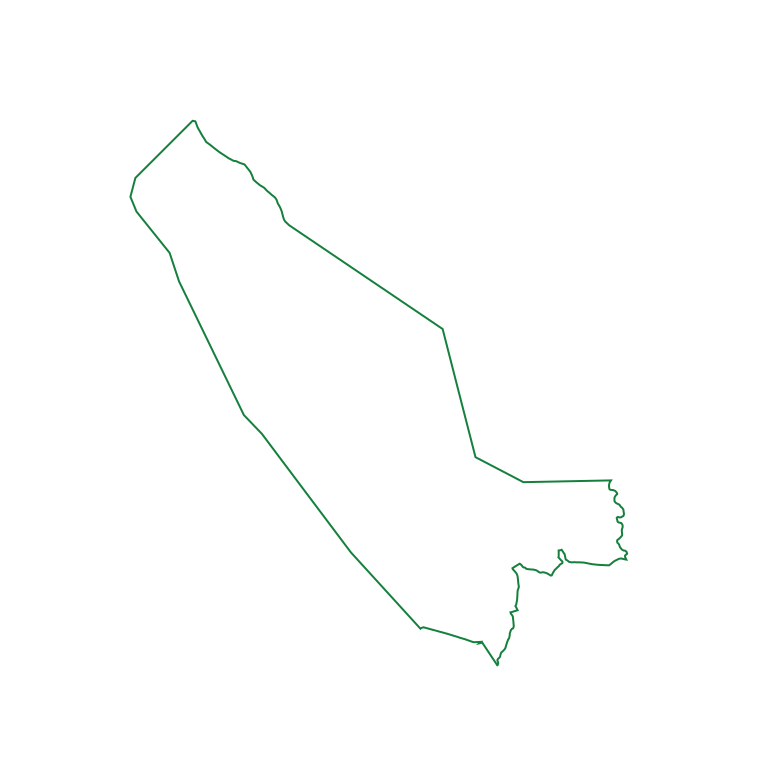 San José del Peñasco, Oaxaca, Mexico, rotated 167°
{"feature_id": "50627088B98907019686863", "entity_name": "San José del Peñasco", "entity_type": "district", "adm_level": 2, "iso_a3": "MEX", "parent_name": "Mexico", "parent_adm1": "Oaxaca", "projection": "mercator", "projection_center": [-96.508, 16.278], "detail": "fine", "context": "isolated", "style": "outline", "palette": "green", "viewbox_px": 768, "rotation_deg": 167, "n_neighbors": 0, "source": "geoboundaries", "source_scale": "gbopen_adm2", "svg_char_len": 3867}
<svg xmlns="http://www.w3.org/2000/svg" viewBox="0 0 768 768"><g transform="rotate(167 384 384)"><path d="M511.3,683.5L579.9,640.7L589.0,623.4L587.7,615.7L586.4,607.7L563.4,560.0L560.6,530.0L527.5,385.2L514.2,362.9L489.9,308.0L454.1,227.3L403.6,137.5L403.4,137.7L400.3,138.1L378.9,126.6L368.7,120.7L368.3,120.4L366.4,119.3L363.4,117.6L362.8,117.3L355.1,112.4L353.1,111.9L347.8,111.0L349.6,109.9L346.4,109.9L345.9,108.5L345.8,108.2L336.9,84.5L336.5,84.6L335.5,86.3L335.4,87.2L335.6,87.9L335.7,88.8L335.7,89.2L335.2,90.1L334.7,90.5L333.3,91.3L332.4,92.0L331.9,92.8L331.6,93.7L330.7,95.2L330.0,96.1L328.5,96.8L326.7,98.0L325.9,98.6L325.0,99.6L324.1,101.3L322.4,104.2L321.8,105.1L320.9,106.6L320.4,107.3L319.7,107.7L319.2,108.4L318.0,110.9L317.6,112.6L315.8,115.5L314.9,116.3L314.4,116.6L313.7,116.8L313.1,116.9L312.4,118.1L312.0,119.0L311.8,120.6L311.7,121.3L311.4,123.2L310.8,128.2L311.0,129.4L311.5,130.6L312.0,131.4L312.1,133.1L310.9,133.0L309.1,133.2L307.7,133.3L305.9,133.4L304.7,133.5L305.3,136.0L305.9,138.1L304.9,139.2L303.4,142.5L302.8,144.0L301.8,147.3L300.4,152.3L298.2,156.0L298.1,157.8L298.0,158.8L297.9,160.1L297.4,163.7L297.1,167.1L297.2,168.1L297.5,169.5L298.2,171.1L298.8,172.2L299.3,173.1L300.1,174.5L300.3,175.6L297.6,176.6L292.2,178.4L291.2,177.3L290.5,176.0L289.8,174.4L289.1,173.8L288.2,173.5L287.7,173.2L287.4,172.6L287.0,172.0L286.2,171.5L281.8,170.0L280.5,169.7L279.0,169.0L277.6,168.2L276.5,167.3L275.7,166.2L275.1,165.7L274.4,165.2L273.6,164.9L272.6,164.9L271.3,164.8L270.0,164.2L268.7,163.5L267.2,162.4L265.2,160.4L264.7,159.9L264.2,159.8L263.6,159.8L262.3,161.5L260.6,163.3L259.6,164.3L256.0,166.5L254.5,167.3L253.5,168.3L252.7,168.7L250.6,169.3L250.1,170.4L250.4,171.4L251.3,172.7L253.0,175.9L252.8,176.1L252.0,179.0L251.3,182.5L248.8,182.3L248.2,182.5L246.3,177.5L246.4,172.1L244.9,170.7L243.7,169.1L241.4,168.0L238.4,167.5L236.4,166.9L233.5,166.2L229.6,165.1L226.8,163.9L224.0,162.6L220.9,161.3L219.7,160.9L216.2,159.7L212.7,158.7L208.5,157.5L205.5,156.7L204.1,157.3L200.5,159.1L199.1,159.7L194.4,160.8L192.2,160.7L189.7,159.4L187.4,158.4L188.0,161.4L187.7,162.6L186.6,163.3L185.8,163.6L185.3,164.0L185.4,165.8L186.4,167.3L188.1,167.9L189.5,169.3L190.8,172.0L191.0,174.4L191.4,175.5L192.3,176.9L192.3,178.4L191.6,179.6L189.8,180.3L187.9,181.5L186.2,182.8L185.8,183.6L185.5,185.9L185.3,187.7L184.9,188.8L184.1,190.1L183.6,191.0L183.3,192.9L183.7,194.3L184.3,195.3L185.3,195.7L186.6,196.4L187.2,197.0L187.4,197.7L187.3,198.5L187.4,200.4L187.4,201.1L187.0,201.5L185.9,201.9L185.1,201.3L184.2,200.9L183.2,200.8L180.4,201.6L179.4,203.3L179.2,206.2L179.0,207.7L179.7,209.6L180.9,211.2L181.6,213.1L182.4,214.0L184.5,215.6L185.7,217.6L185.6,219.1L185.0,221.4L183.8,222.8L183.0,223.4L182.3,223.9L181.6,224.2L181.4,224.9L181.9,226.3L182.4,227.2L183.0,228.0L183.6,228.4L184.6,229.1L185.5,229.4L186.8,229.8L187.6,230.3L188.0,231.1L187.9,232.9L187.5,234.8L186.5,237.0L185.1,238.4L184.5,239.0L270.3,257.0L311.3,292.1L313.1,365.2L314.5,424.4L316.2,426.2L440.7,560.0L443.0,563.5L443.8,564.6L444.5,567.1L444.7,569.8L444.7,570.5L444.8,573.0L444.8,575.0L445.0,576.4L445.5,579.4L446.2,581.9L446.8,583.6L447.3,587.9L447.5,588.3L447.8,589.2L448.1,590.0L448.4,590.4L450.0,592.5L450.9,593.6L453.1,596.7L454.3,598.2L455.7,600.6L456.6,602.1L458.5,604.0L460.2,605.6L461.1,606.8L463.3,609.7L463.4,609.8L464.6,611.6L465.2,612.4L465.5,615.7L465.6,616.6L466.4,620.5L466.6,621.1L467.4,622.7L470.5,629.3L474.8,631.9L475.4,632.4L477.8,634.3L478.3,634.5L480.4,635.3L482.8,637.4L484.9,639.2L485.3,639.7L487.1,641.6L488.3,642.9L488.7,643.3L491.2,645.9L492.4,647.2L492.6,647.4L496.1,651.7L496.9,652.7L497.6,653.6L499.8,656.4L502.8,659.8L503.0,660.4L503.6,662.4L503.8,663.0L504.8,665.8L505.1,666.6L505.8,668.8L506.3,670.7L506.8,672.3L507.0,672.8L507.8,675.8L507.9,676.3L508.2,678.4L508.6,681.6L508.8,682.4L511.3,683.5Z" fill="none" stroke="#15803d" stroke-width="2"/></g></svg>